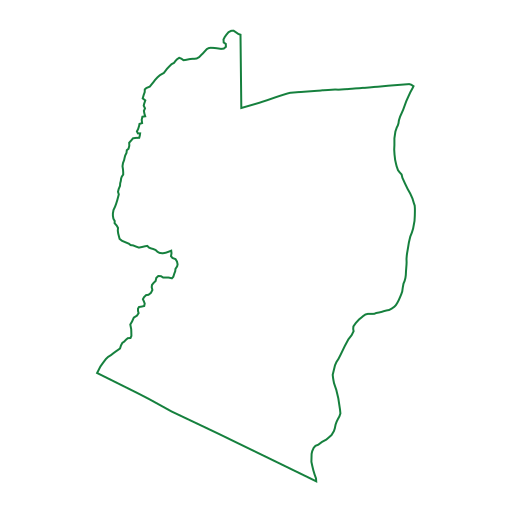 outline of Serra do Ramalho, Bahia, Brazil
{"feature_id": "56859067B22034188427708", "entity_name": "Serra do Ramalho", "entity_type": "district", "adm_level": 2, "iso_a3": "BRA", "parent_name": "Brazil", "parent_adm1": "Bahia", "projection": "robinson", "projection_center": [-43.699, -13.494], "detail": "fine", "context": "isolated", "style": "outline", "palette": "green", "viewbox_px": 512, "rotation_deg": 0, "n_neighbors": 0, "source": "geoboundaries", "source_scale": "gbopen_adm2", "svg_char_len": 4213}
<svg xmlns="http://www.w3.org/2000/svg" viewBox="0 0 512 512"><path d="M240.5,34.7L238.4,34.0L235.8,32.2L233.6,30.7L231.2,30.8L228.5,32.2L226.4,34.7L224.7,37.1L223.5,39.5L223.7,42.5L225.8,43.9L225.9,46.8L223.8,48.6L221.1,48.9L218.5,48.5L216.4,48.2L213.3,47.9L210.6,47.8L208.7,48.1L206.8,49.1L204.7,51.4L202.8,53.5L201.4,54.8L199.2,57.1L196.7,58.5L194.3,58.8L192.5,58.8L189.6,59.1L185.8,59.9L183.5,60.2L181.4,58.7L179.2,57.8L177.0,59.3L175.5,60.9L174.0,62.9L171.5,64.2L169.2,66.5L167.0,68.8L165.5,70.8L163.8,73.0L161.6,74.2L159.9,75.2L157.5,77.3L155.1,79.9L153.4,82.2L151.9,84.0L149.8,86.6L146.4,88.0L144.8,89.4L144.7,92.1L143.7,94.9L142.7,98.4L145.3,100.4L144.2,103.6L143.7,105.7L145.0,108.3L143.9,110.9L144.4,113.6L145.2,116.3L142.4,116.7L141.7,119.8L142.1,123.1L139.5,123.9L139.1,125.9L138.1,129.1L136.9,131.4L137.9,133.4L140.1,133.4L139.8,135.6L139.2,137.8L135.9,137.9L133.0,138.3L131.1,140.6L129.2,142.7L129.3,145.8L128.5,148.8L126.8,150.2L126.5,152.9L125.2,155.5L124.6,157.8L124.1,160.1L123.0,163.0L122.5,166.2L123.0,169.5L123.2,172.3L123.2,174.6L121.8,176.6L121.1,178.6L120.8,181.0L120.2,183.2L120.0,185.9L118.7,189.0L118.0,191.8L118.8,194.4L118.1,197.0L117.2,200.4L116.0,204.2L115.0,206.8L113.5,210.0L112.9,213.4L112.9,215.8L113.4,218.7L114.7,221.0L114.6,223.2L116.7,225.6L118.0,227.9L117.8,230.7L118.2,233.5L118.9,236.2L119.6,238.9L122.0,240.8L126.0,242.5L128.9,243.7L130.6,245.1L133.1,245.4L136.1,246.6L138.9,247.6L142.0,247.0L144.9,246.3L147.3,245.9L149.0,247.6L151.0,248.4L153.2,249.0L155.6,250.0L157.5,251.8L159.5,252.9L162.7,253.3L165.9,252.7L168.4,251.8L171.2,250.7L171.5,253.2L171.0,256.2L172.5,258.0L175.5,259.1L177.0,261.6L177.6,264.4L177.1,266.4L175.5,268.8L175.2,271.3L174.3,273.6L173.3,276.8L171.9,278.3L168.4,277.5L165.5,277.5L163.1,277.5L161.0,276.2L158.3,276.0L156.3,277.9L155.6,281.0L153.6,282.9L152.0,284.9L151.7,287.1L152.4,290.0L150.9,292.9L148.5,294.8L146.1,295.1L144.0,297.2L142.9,299.2L143.9,301.4L144.7,303.6L144.2,306.0L141.6,306.6L139.0,307.0L138.0,308.7L138.0,311.0L138.6,313.1L137.0,315.6L133.8,317.6L132.1,321.4L130.3,324.5L131.2,329.2L131.3,331.8L131.4,335.9L130.5,338.0L127.8,338.2L126.0,339.7L124.1,341.7L122.4,342.8L121.0,345.4L120.0,348.5L117.9,350.0L116.0,351.3L113.4,353.2L111.0,355.1L108.1,356.9L105.9,359.0L102.6,363.4L100.4,366.5L97.1,373.0L137.9,393.3L149.1,399.1L171.6,411.5L218.6,433.8L237.9,443.2L240.6,444.5L316.2,481.3L316.0,478.4L314.6,474.5L313.3,470.2L312.2,465.6L311.4,461.8L311.6,453.9L312.2,451.2L313.7,447.8L315.5,445.8L318.3,444.7L322.0,441.9L326.3,439.6L331.5,435.1L333.9,431.1L334.8,428.4L335.6,424.5L336.7,421.5L338.0,418.9L339.4,416.4L340.4,413.4L340.0,409.5L338.3,398.3L337.3,394.1L336.3,389.9L335.0,386.1L334.0,383.1L333.4,380.0L333.0,377.5L332.7,374.8L333.3,372.3L334.1,369.0L335.0,365.3L336.5,361.9L338.4,359.0L340.4,355.1L344.8,346.0L348.4,339.3L351.6,335.2L353.6,331.2L353.2,329.0L353.4,326.4L355.8,323.0L359.2,319.3L361.6,317.4L363.1,316.1L365.4,314.5L367.7,313.9L371.5,313.9L374.3,313.8L376.2,313.0L379.0,312.5L381.6,311.9L384.0,311.1L386.8,310.4L389.1,310.0L391.7,308.6L394.4,306.7L395.9,305.1L397.4,302.7L398.8,300.0L400.2,296.8L401.2,294.4L402.2,291.6L402.8,287.4L403.5,283.6L404.6,281.0L405.4,278.0L405.8,275.1L406.0,271.1L406.5,264.7L406.6,262.5L406.5,258.8L406.8,255.3L407.1,253.1L408.0,247.9L408.9,242.4L409.7,239.0L410.3,236.5L411.9,232.5L413.1,228.6L414.5,221.0L414.8,215.8L414.9,211.3L414.9,208.7L414.7,205.6L413.8,203.0L412.5,198.6L410.2,193.5L407.6,188.9L404.9,183.3L402.4,177.8L401.6,174.5L399.6,172.3L398.0,170.2L396.6,166.2L395.9,163.3L395.1,159.7L394.8,157.0L394.5,154.4L394.2,149.5L394.4,145.3L394.4,138.3L395.4,131.5L396.8,127.4L397.8,125.5L398.5,123.2L398.9,120.4L400.1,116.6L403.1,109.9L406.3,101.1L408.7,95.8L410.4,92.1L412.5,88.3L413.5,86.2L411.2,84.7L409.2,84.1L400.1,84.8L388.4,85.7L379.4,86.6L377.0,86.8L374.8,86.9L370.0,87.4L364.4,87.9L362.4,87.9L359.8,88.2L355.6,88.4L352.4,88.7L349.8,88.9L347.7,89.1L345.2,89.2L341.0,89.5L338.4,89.7L335.3,89.5L329.6,89.9L324.8,90.2L322.3,90.3L320.2,90.6L317.0,90.8L308.8,91.4L300.8,92.0L298.5,92.1L290.1,92.8L287.4,93.5L283.5,94.7L279.1,96.1L275.5,97.3L267.2,100.2L261.9,101.9L259.6,102.7L255.5,103.9L241.3,108.0L240.5,34.7Z" fill="none" stroke="#15803d" stroke-width="2"/></svg>